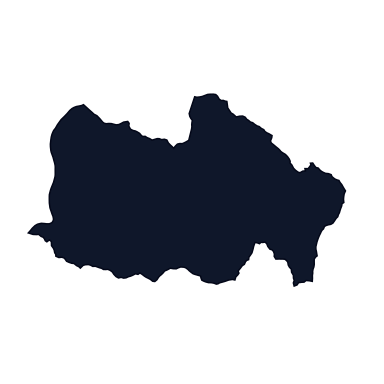 the district of Avaré, São Paulo, Brazil, rotated 103°
{"feature_id": "56859067B63213582970930", "entity_name": "Avaré", "entity_type": "district", "adm_level": 2, "iso_a3": "BRA", "parent_name": "Brazil", "parent_adm1": "São Paulo", "projection": "mercator", "projection_center": [-48.891, -23.063], "detail": "fine", "context": "isolated", "style": "filled", "palette": "ink", "viewbox_px": 384, "rotation_deg": 103, "n_neighbors": 0, "source": "geoboundaries", "source_scale": "gbopen_adm2", "svg_char_len": 4665}
<svg xmlns="http://www.w3.org/2000/svg" viewBox="0 0 384 384"><g transform="rotate(103 192 192)"><path d="M131.3,317.4L132.5,318.9L133.4,320.8L134.7,323.8L136.1,325.9L137.6,327.6L140.0,329.4L143.7,331.3L145.2,332.2L147.2,333.4L150.9,335.8L156.6,338.2L160.6,339.4L163.1,340.6L164.8,341.0L167.3,341.4L170.0,341.5L172.6,341.3L177.1,340.8L179.8,340.1L183.5,338.8L185.1,338.0L189.4,335.2L192.8,333.4L194.4,332.5L196.5,331.5L198.3,330.9L200.6,330.4L204.0,329.6L206.2,329.1L208.2,328.9L211.0,329.0L213.8,329.1L215.7,329.4L220.1,330.1L222.4,330.3L226.5,330.4L228.2,330.1L231.3,329.4L234.9,328.5L239.4,326.8L245.1,323.3L247.1,321.9L249.7,320.8L251.6,320.9L253.4,321.6L255.1,323.9L255.7,326.5L255.9,328.5L256.4,331.8L257.2,333.5L258.2,335.4L260.1,337.4L263.3,339.5L265.8,340.7L268.7,342.3L269.1,337.4L268.5,334.1L267.8,331.8L269.2,329.1L269.6,326.7L270.8,325.3L272.5,324.0L273.2,322.2L270.8,320.2L271.9,317.9L275.9,316.8L278.1,314.3L279.6,313.2L282.1,312.1L283.4,310.7L285.2,310.2L285.8,307.0L284.8,304.0L285.2,301.4L287.7,298.6L288.2,296.0L288.5,293.2L288.2,290.9L289.7,287.9L290.2,285.5L291.3,283.7L289.6,282.6L288.0,281.6L286.9,279.7L286.0,276.6L286.1,274.4L286.8,272.0L286.1,269.3L286.6,265.2L286.7,262.8L287.4,260.9L286.9,258.5L286.3,256.7L286.7,254.3L287.8,251.7L289.8,249.6L291.5,247.0L292.3,244.3L291.1,241.8L291.3,239.3L290.5,237.0L288.8,234.8L287.8,232.9L286.5,231.1L284.4,228.7L284.4,226.1L282.6,224.5L283.4,222.2L284.7,219.4L285.4,217.4L285.8,215.6L286.5,212.9L287.8,210.3L287.6,208.1L285.4,206.4L282.8,205.5L281.2,204.7L279.3,203.2L276.9,201.7L275.2,201.0L273.6,198.8L271.1,195.9L271.0,193.3L270.4,190.1L269.1,188.5L267.6,186.2L267.1,183.1L267.2,181.3L268.3,178.6L269.3,177.1L270.4,174.9L271.4,172.6L271.6,170.7L271.9,164.8L273.9,163.8L275.7,162.6L276.2,160.5L276.5,158.5L276.6,155.6L276.0,152.6L275.9,150.0L276.3,147.6L275.6,146.0L274.3,144.7L273.3,142.8L272.0,140.4L271.1,138.9L269.5,136.4L268.8,134.6L268.1,132.9L268.1,130.4L264.9,130.2L262.6,128.8L260.5,128.0L258.6,129.3L255.6,127.8L252.4,126.4L250.7,124.7L247.9,124.2L246.3,123.3L245.2,121.6L242.8,121.9L240.2,120.8L237.8,119.9L234.0,119.7L231.0,119.7L229.0,119.5L226.9,119.2L226.9,116.5L227.2,114.6L225.6,113.6L225.2,111.6L224.4,109.6L225.5,107.6L228.1,105.8L230.2,103.2L230.3,101.1L231.6,99.2L233.9,97.8L236.3,97.4L238.5,95.2L237.7,92.1L237.3,90.2L236.9,88.3L236.6,86.4L237.5,84.5L238.8,82.9L241.5,81.8L243.4,80.1L244.8,77.9L247.8,76.9L250.3,74.5L253.1,73.8L255.1,72.5L257.8,72.8L260.7,71.3L258.9,68.7L256.4,67.8L255.3,64.9L254.6,62.5L252.6,61.0L252.1,57.7L252.0,54.7L249.0,55.2L246.3,55.9L243.9,56.1L242.1,56.6L240.0,56.7L237.6,56.4L235.0,56.6L232.7,57.2L230.0,57.8L227.7,57.0L226.1,55.7L224.0,56.6L222.2,57.3L219.9,58.4L217.5,59.0L215.5,59.0L212.4,59.0L208.6,58.6L205.6,58.1L203.2,57.5L201.5,57.2L199.8,56.6L198.4,55.6L195.8,55.2L194.5,53.8L193.4,52.0L192.3,49.5L190.6,47.7L187.9,46.6L185.2,45.6L183.3,44.4L181.2,44.3L179.0,43.7L176.8,43.6L174.6,43.4L171.9,43.0L169.7,43.2L168.1,41.7L165.1,42.7L162.5,43.1L159.6,43.3L156.4,42.7L154.5,44.6L152.9,46.1L151.1,47.7L149.4,49.9L147.7,51.4L147.6,53.4L147.2,55.6L146.4,57.4L145.5,59.1L143.8,60.3L143.4,63.2L143.8,66.1L143.4,68.2L142.8,70.4L141.6,72.7L140.3,74.3L140.2,76.9L138.4,79.0L136.6,80.9L137.3,83.1L138.8,82.2L140.9,83.1L143.1,84.1L143.8,87.2L145.9,86.2L146.7,88.7L148.9,91.1L148.8,93.1L147.5,96.1L146.0,98.4L143.1,100.9L141.7,103.0L139.9,103.3L138.0,104.7L136.0,106.9L134.4,109.4L133.3,112.8L132.5,114.6L131.4,116.0L130.4,117.6L129.3,119.9L127.7,123.0L126.4,125.8L124.6,127.0L121.2,126.5L119.0,126.7L118.5,128.4L117.9,130.3L117.5,132.4L116.6,134.6L115.1,136.1L114.5,138.6L113.1,141.3L113.0,143.3L112.0,146.1L110.8,148.5L110.7,150.8L109.5,153.0L108.8,155.1L107.2,156.9L106.6,159.7L107.4,162.6L108.9,165.8L106.9,169.4L106.2,171.7L103.8,174.2L102.0,176.1L99.8,176.9L95.9,178.4L96.0,180.4L95.7,182.2L96.3,184.1L95.4,186.4L92.9,188.7L91.7,190.8L91.9,193.3L92.7,196.5L93.4,198.7L95.0,201.1L96.6,203.5L97.6,205.7L98.6,208.6L98.6,210.8L116.2,212.4L118.9,211.1L120.7,209.5L122.1,207.8L124.1,207.7L126.5,207.4L128.4,206.8L130.8,206.6L142.4,206.8L144.9,209.5L146.1,211.0L147.1,212.4L147.5,214.7L148.6,217.0L151.1,218.6L153.4,219.6L151.9,222.2L151.0,223.8L149.5,226.1L147.0,228.2L146.8,230.8L147.8,233.4L147.4,235.9L147.8,237.9L149.2,240.4L150.4,242.6L149.5,245.3L149.1,248.1L148.3,250.1L149.0,252.7L148.0,254.5L146.6,256.3L145.7,259.1L145.3,260.9L145.3,263.4L144.6,266.1L142.0,268.4L139.2,268.7L137.7,270.5L139.3,274.4L140.9,276.2L142.7,278.4L143.6,280.9L143.6,282.7L143.5,286.2L144.0,288.6L144.8,291.1L144.7,293.3L143.9,294.9L141.3,298.3L139.0,301.9L138.3,304.9L136.9,307.3L135.5,309.9L131.3,317.4Z" fill="#0f172a" stroke="#020617" stroke-width="1.5"/></g></svg>